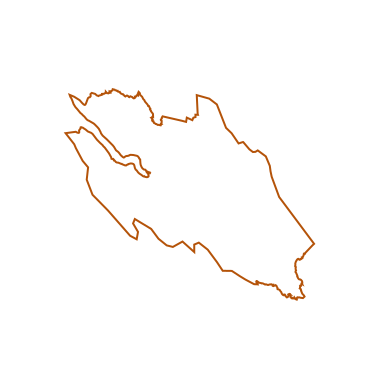 Årdal nor, Sogn og Fjordane, Norway, rotated 52°
{"feature_id": "86288312B26469823377508", "entity_name": "Årdal nor", "entity_type": "district", "adm_level": 2, "iso_a3": "NOR", "parent_name": "Norway", "parent_adm1": "Sogn og Fjordane", "projection": "robinson", "projection_center": [7.89, 61.286], "detail": "fine", "context": "isolated", "style": "outline", "palette": "amber", "viewbox_px": 384, "rotation_deg": 52, "n_neighbors": 0, "source": "geoboundaries", "source_scale": "gbopen_adm2", "svg_char_len": 5989}
<svg xmlns="http://www.w3.org/2000/svg" viewBox="0 0 384 384"><g transform="rotate(52 192 192)"><path d="M247.1,215.1L262.7,215.5L273.0,216.3L278.7,209.2L287.8,206.1L293.9,203.8L302.9,199.8L305.1,197.2L304.6,197.1L304.9,197.0L304.7,196.8L304.2,196.7L304.0,196.9L303.5,196.9L303.4,196.7L302.6,196.6L302.5,196.3L303.1,196.0L302.3,196.2L302.0,195.9L302.3,195.6L304.7,195.0L306.3,193.7L306.8,193.5L306.9,193.1L307.9,192.3L309.9,191.4L309.9,191.1L310.6,190.3L311.8,189.6L312.3,189.0L312.5,188.1L313.1,187.0L313.4,186.8L313.5,186.4L314.4,186.1L314.3,185.9L314.9,185.5L315.2,184.9L315.7,185.1L316.0,186.0L316.2,185.9L316.3,185.7L316.3,184.9L316.7,184.5L316.8,183.7L317.1,183.7L317.4,183.3L317.9,183.2L319.6,183.7L319.7,183.9L319.6,184.0L320.1,183.7L321.0,184.4L321.3,184.4L321.9,183.8L323.3,183.2L324.6,183.4L325.8,183.3L327.4,183.8L328.7,183.8L329.6,183.5L329.9,183.2L329.9,182.9L329.6,182.4L330.0,182.0L331.4,182.1L331.8,182.4L333.5,182.1L333.7,181.0L333.5,180.3L333.2,179.9L332.0,179.3L332.1,178.6L332.9,177.9L331.9,178.1L332.4,177.8L331.9,177.3L332.4,177.6L333.8,177.6L334.0,178.2L334.9,178.5L335.2,178.8L335.4,179.0L335.7,178.8L336.1,178.8L336.8,179.0L337.0,178.9L336.7,178.6L336.8,178.3L338.1,177.8L338.7,177.2L338.2,176.8L338.0,176.3L339.5,176.5L340.0,176.3L339.6,176.0L339.8,175.9L340.6,176.1L341.1,175.9L341.3,175.6L340.5,175.1L340.0,174.4L339.9,174.0L340.3,173.6L340.2,173.4L340.6,173.1L341.3,172.1L342.0,171.7L343.9,169.9L343.7,167.7L342.5,167.5L340.0,167.7L338.2,167.2L337.3,166.8L337.0,166.9L335.7,166.1L334.6,166.4L334.6,166.2L334.2,166.1L333.4,165.4L333.2,164.9L332.7,164.7L332.8,164.5L332.6,164.3L332.8,164.1L333.1,164.2L333.1,163.9L332.4,163.1L332.5,163.1L332.5,162.9L331.9,162.1L332.4,161.9L331.9,161.8L331.9,161.4L331.2,160.8L330.1,160.2L328.4,160.2L327.6,160.5L327.2,161.0L326.6,161.4L325.6,161.5L323.4,161.1L323.3,160.7L319.7,159.7L318.7,159.7L318.0,158.8L317.9,158.3L316.5,157.8L315.8,157.2L315.1,156.4L314.6,156.3L314.2,156.5L313.8,156.3L313.2,155.5L311.9,154.6L310.8,153.0L310.1,151.2L309.9,150.2L310.0,149.6L310.3,149.2L311.5,149.1L311.8,148.6L311.9,148.0L311.6,147.5L312.1,146.9L311.9,146.3L312.0,145.7L311.2,145.5L311.5,144.8L310.6,143.0L309.6,142.0L309.5,141.7L310.2,141.2L310.2,140.9L309.8,140.6L308.2,129.9L308.0,127.7L249.6,126.4L229.0,119.8L224.1,117.4L219.3,114.6L209.4,111.9L199.7,114.6L199.4,117.3L198.0,119.4L193.7,120.5L184.2,120.9L184.0,121.1L182.4,125.4L170.1,124.6L162.4,125.7L138.3,118.5L129.1,120.9L118.6,128.6L134.0,139.5L134.8,139.8L133.2,141.7L135.1,143.1L134.3,145.2L135.6,147.5L130.2,150.3L133.1,153.5L129.8,156.0L114.3,168.6L114.8,170.0L115.4,170.4L115.7,171.3L115.7,171.9L116.3,172.3L117.3,172.1L118.7,173.3L119.0,174.1L119.6,174.1L119.3,174.6L119.8,174.8L120.2,175.6L118.1,177.4L118.0,177.7L116.4,178.3L116.1,178.7L114.6,179.1L114.3,179.4L112.7,178.9L112.6,179.3L111.6,179.5L110.7,179.2L110.7,178.4L109.9,178.2L108.4,178.4L108.5,178.0L108.7,177.8L108.7,177.3L108.3,176.9L108.2,176.5L108.7,176.3L106.5,174.7L105.4,174.6L104.3,174.7L103.3,174.5L103.0,174.6L102.6,174.3L101.2,174.3L101.0,173.7L100.7,173.5L99.9,173.6L97.8,173.0L97.4,173.2L97.5,173.4L97.3,173.6L95.8,173.2L91.6,173.4L91.1,173.2L90.3,173.0L88.8,173.2L86.3,172.7L83.0,173.1L82.4,172.6L82.2,172.3L80.9,172.3L80.3,172.4L80.7,172.9L80.6,173.2L81.0,173.6L82.6,174.9L81.9,175.1L82.3,175.6L81.8,176.2L82.0,176.9L82.3,177.2L81.7,178.2L82.0,178.3L82.6,178.8L82.4,179.4L82.6,179.7L82.3,180.3L81.4,180.6L80.3,180.7L78.6,181.7L78.7,183.0L78.4,183.2L76.8,183.4L76.0,183.8L75.8,184.3L75.7,185.7L74.9,186.0L72.7,186.1L72.5,186.5L71.8,186.7L70.9,187.3L69.9,187.5L68.8,187.3L68.7,187.7L67.9,187.9L67.3,188.5L66.5,188.3L66.2,188.9L65.3,189.1L64.6,189.9L63.8,189.9L62.2,191.2L63.0,192.1L62.6,193.4L63.1,193.9L63.1,194.3L62.8,194.7L61.9,195.1L62.5,195.7L63.3,195.6L62.7,196.7L62.8,197.1L61.8,198.1L59.9,198.2L60.6,198.8L60.8,199.3L60.5,199.9L60.5,200.7L59.7,201.9L59.9,202.2L59.3,202.7L59.9,203.3L58.7,206.2L58.8,206.6L57.2,207.6L55.1,207.9L52.2,210.0L52.3,211.6L52.8,212.1L53.6,212.5L54.1,212.9L54.3,213.4L54.4,214.3L54.0,214.9L54.0,216.2L57.0,221.1L57.5,222.3L57.4,222.9L56.3,223.5L54.0,223.8L50.5,224.0L44.4,226.2L40.1,228.6L42.2,229.3L43.9,229.4L46.5,230.1L49.8,231.2L53.4,231.6L55.9,231.4L61.1,231.3L62.5,230.9L64.8,230.7L66.1,230.4L69.9,230.3L71.2,230.0L72.5,229.3L77.5,227.3L79.1,227.0L82.6,226.6L84.8,226.5L88.3,227.1L89.8,227.6L92.6,227.7L98.1,226.7L106.6,225.7L108.6,225.7L112.4,226.2L115.0,225.5L116.4,225.4L119.1,225.5L121.9,225.0L122.8,224.6L123.0,224.0L122.9,223.2L123.1,221.9L123.5,221.1L124.1,220.3L124.2,219.7L124.5,219.2L124.5,218.5L124.9,217.5L126.8,215.4L129.6,213.1L130.6,212.7L132.4,212.7L133.1,213.0L134.4,212.8L137.5,214.9L138.9,215.7L141.0,216.3L142.8,216.5L144.6,216.1L145.8,215.0L147.1,215.2L149.5,214.1L151.2,212.8L151.0,213.2L151.0,213.3L151.9,213.1L151.5,213.4L150.7,213.6L149.6,214.3L148.2,214.9L148.0,215.2L148.0,215.3L148.7,215.5L148.4,215.4L148.5,215.2L148.9,215.3L149.0,215.5L150.1,215.2L150.2,215.4L151.9,215.7L152.3,216.3L152.9,216.6L153.0,216.9L152.8,217.2L152.9,217.8L152.5,218.5L151.1,219.7L150.2,219.9L150.1,220.4L149.9,220.6L149.2,220.9L147.5,221.3L145.2,222.1L143.5,222.4L140.8,222.3L139.7,222.6L137.9,222.2L135.3,221.0L134.4,220.9L133.8,221.0L132.7,221.7L131.7,222.8L130.9,224.7L131.0,225.1L130.6,225.8L130.6,226.7L130.4,227.1L130.5,227.6L129.8,228.4L127.2,229.9L126.6,230.0L126.4,230.4L123.5,232.0L122.6,233.0L121.6,233.5L118.1,233.7L118.2,233.9L117.6,233.8L116.3,235.0L114.8,234.3L110.4,233.6L103.2,233.4L101.4,233.7L100.1,233.6L96.7,234.2L92.3,234.7L85.0,234.6L83.2,235.1L80.2,236.8L77.2,237.4L75.9,237.9L74.2,238.4L72.6,239.5L72.5,240.0L73.3,240.7L73.3,241.0L73.5,241.4L73.9,243.0L75.4,244.0L75.7,244.4L75.5,245.1L74.5,245.9L73.0,246.5L67.8,255.4L81.9,255.4L85.9,256.5L100.2,259.0L108.6,258.7L117.5,267.4L132.9,272.1L154.8,269.6L188.4,267.7L195.2,264.7L190.2,259.1L180.5,257.8L178.1,253.7L196.0,246.9L208.2,247.2L218.5,244.8L223.5,240.9L225.2,230.0L240.7,227.2L234.8,222.6L236.1,217.8L247.1,215.1Z" fill="none" stroke="#b45309" stroke-width="2"/></g></svg>